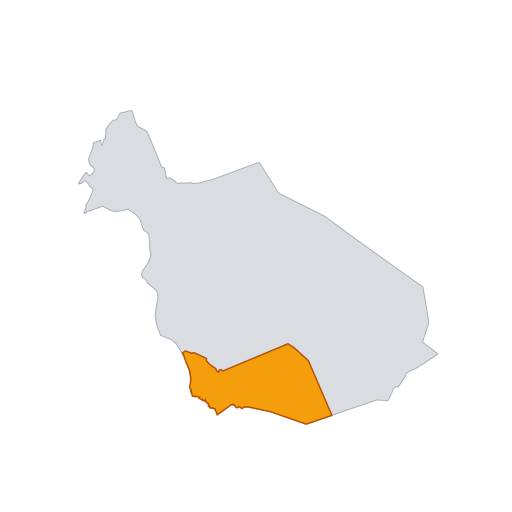 Diffa highlighted on a map of Niger, rotated 67°
{"feature_id": "NER-796", "entity_name": "Diffa", "entity_type": "Department", "adm_level": 1, "iso_a3": "NER", "parent_name": "Niger", "parent_adm1": "", "projection": "orthographic", "projection_center": [13.155, 15.532], "detail": "fine", "context": "in_parent", "style": "filled", "palette": "amber", "viewbox_px": 512, "rotation_deg": 67, "n_neighbors": 0, "source": "natural_earth", "source_scale": "10m", "svg_char_len": 6588}
<svg xmlns="http://www.w3.org/2000/svg" viewBox="0 0 512 512"><g transform="rotate(67 256 256)"><path d="M387.0,353.7L382.7,353.8L380.3,354.5L377.2,356.9L373.7,357.9L369.5,359.9L366.9,361.6L364.4,362.9L360.9,366.2L359.8,368.6L356.4,369.1L351.6,368.7L348.5,366.2L341.5,363.5L336.9,362.5L334.8,362.1L324.0,361.6L312.6,362.5L306.7,363.6L305.6,363.8L302.3,365.3L299.5,367.0L291.9,374.8L282.1,374.4L276.3,373.4L271.4,372.1L264.5,368.2L256.0,362.4L252.7,361.5L249.8,361.0L248.8,361.1L238.5,366.4L236.5,366.3L234.1,366.8L232.5,368.2L231.3,368.8L230.0,368.9L228.4,368.6L226.9,367.7L225.4,366.1L221.3,359.7L220.5,358.5L218.7,356.6L215.8,353.6L213.8,352.2L212.6,351.8L211.1,352.0L203.0,349.3L194.9,346.3L193.1,346.6L191.8,347.1L188.9,349.0L185.6,349.2L181.4,348.9L179.1,348.5L175.4,349.0L172.9,349.7L169.6,350.9L165.2,354.3L164.0,354.7L163.0,355.2L161.2,365.0L160.0,367.9L157.7,371.7L153.3,375.2L150.4,377.4L150.2,380.4L149.8,385.4L149.6,388.8L149.8,391.0L149.2,392.0L149.0,393.0L149.1,394.5L149.8,395.2L150.2,396.1L149.9,396.8L148.5,397.6L147.0,395.4L145.2,393.7L143.1,392.9L141.7,391.7L141.0,390.1L138.3,386.9L132.2,380.5L131.5,380.3L130.5,380.0L128.6,380.7L127.5,381.6L126.7,381.9L125.5,382.0L122.5,382.6L120.0,383.4L119.9,384.3L120.9,388.9L120.2,391.4L119.2,390.1L115.9,385.3L113.6,381.7L113.2,381.0L112.9,379.8L113.2,379.2L114.1,378.9L116.4,378.6L116.8,378.3L117.0,377.3L116.7,375.5L115.6,373.1L114.3,371.4L113.6,371.1L112.3,371.0L110.9,371.1L108.1,372.9L106.9,373.2L104.1,372.9L101.6,372.4L100.2,371.3L95.9,367.2L91.1,362.8L89.1,362.1L88.6,361.7L88.4,358.5L88.7,354.8L89.0,353.8L91.1,354.5L93.2,354.9L94.0,354.3L92.3,352.8L89.8,351.3L89.0,349.2L88.3,348.5L87.2,347.7L86.0,347.2L84.7,346.6L83.8,345.9L82.4,345.6L80.9,345.0L78.8,341.6L76.8,338.2L75.7,335.6L75.3,334.1L76.1,331.5L75.5,330.4L73.3,327.6L71.4,325.0L72.1,321.3L72.7,318.1L72.8,316.1L73.2,315.0L73.5,313.8L74.9,313.4L78.3,313.7L84.8,314.6L90.1,314.3L90.4,314.2L94.3,311.0L98.7,307.7L104.9,307.7L111.6,307.7L116.9,307.8L124.6,307.9L130.9,308.0L138.1,308.0L138.4,306.4L138.9,306.0L139.6,306.0L144.9,307.1L149.8,308.2L150.3,305.1L154.9,301.5L157.4,300.8L158.1,300.1L158.9,298.9L159.5,296.9L159.8,295.4L160.7,294.3L161.5,292.1L162.6,288.3L165.2,284.4L166.9,279.0L167.3,273.7L167.8,269.7L168.5,268.9L168.8,261.8L169.2,254.6L169.4,248.5L169.8,241.0L170.1,234.4L170.4,227.2L170.7,220.8L170.9,216.5L175.9,215.7L181.1,214.9L188.7,213.6L197.0,212.3L206.0,210.8L208.0,209.7L215.0,203.8L218.2,201.1L224.4,195.8L229.2,191.7L235.3,186.4L241.8,181.1L246.9,176.9L254.8,172.2L266.8,165.1L278.8,157.9L290.7,150.7L302.6,143.5L314.4,136.2L326.2,129.0L338.0,121.7L349.7,114.4L361.3,117.2L372.4,119.9L383.6,122.6L386.2,124.1L392.2,129.3L399.9,136.0L400.2,136.1L400.5,136.2L407.8,132.1L417.3,126.9L420.0,140.9L422.0,152.9L422.2,160.6L422.4,162.6L423.1,164.0L424.9,165.3L432.2,176.3L430.7,178.3L431.9,181.7L433.7,183.2L439.8,189.8L440.6,191.1L440.3,192.1L436.2,200.0L435.6,201.9L434.9,211.9L434.4,218.9L433.7,228.6L432.9,240.2L432.2,249.9L431.3,262.9L430.5,275.1L424.4,281.9L413.6,293.9L404.8,303.6L400.4,310.1L391.7,322.9L387.8,331.1L384.8,335.3L383.2,337.2L384.6,343.2L387.0,353.7Z" fill="#d9dde1" stroke="#a8b0b8" stroke-width="1"/><path d="M387.0,353.7L381.1,353.5L380.4,353.6L380.2,353.8L380.2,354.2L379.9,354.4L378.9,355.3L378.7,355.6L378.6,355.8L378.7,356.1L378.8,356.2L378.7,356.4L378.4,356.4L378.3,356.5L378.1,356.8L378.4,357.0L378.0,357.5L377.4,357.7L376.8,357.9L376.1,358.2L376.3,357.7L376.2,357.5L375.9,357.6L375.7,358.0L375.5,357.9L375.1,357.9L374.7,358.0L374.4,357.9L374.5,357.6L373.9,357.5L373.3,357.8L371.1,358.8L370.5,359.0L369.8,358.8L369.7,359.2L369.2,359.1L368.8,359.0L369.0,359.2L369.2,359.3L369.3,359.5L369.5,359.7L369.2,359.9L368.5,360.6L368.5,360.9L368.5,361.0L368.4,361.0L368.2,361.0L367.8,361.2L367.7,361.2L367.8,361.5L367.9,361.8L367.6,361.8L367.6,361.7L367.4,361.6L367.2,361.6L367.0,362.0L366.4,362.7L366.0,363.0L365.5,363.2L365.2,363.3L365.0,363.9L364.8,364.0L364.5,363.9L364.2,363.7L363.8,363.3L363.7,363.7L363.7,363.9L363.5,364.0L363.4,364.2L363.2,364.2L362.1,365.0L362.1,365.4L361.7,365.8L361.6,366.2L362.0,366.3L361.8,366.9L361.7,367.1L361.5,367.3L361.3,367.4L360.8,367.5L360.7,367.6L360.5,368.9L360.3,369.2L360.0,369.3L359.6,369.2L359.2,369.1L358.6,369.0L358.0,369.0L357.1,368.9L356.7,368.8L356.5,369.0L356.3,368.8L356.2,368.6L355.9,368.5L355.7,368.5L355.4,368.8L355.2,368.8L355.1,368.7L355.0,368.4L354.8,368.2L353.6,367.8L353.2,367.9L352.7,368.2L352.3,368.3L351.5,368.4L350.1,368.0L349.7,367.8L348.6,366.9L345.3,364.8L342.7,363.7L335.5,361.9L323.9,361.8L319.6,361.3L317.3,361.4L316.6,361.5L316.6,361.4L315.8,358.6L315.9,358.2L316.1,357.6L320.3,353.4L320.4,353.1L320.5,352.9L320.6,352.7L320.6,352.4L320.6,351.8L320.6,351.3L320.6,351.1L320.7,350.9L330.4,342.1L330.9,341.8L331.2,341.7L331.6,341.8L332.5,342.4L332.8,342.5L333.0,342.5L333.3,342.5L337.6,341.1L343.6,337.3L343.9,337.1L344.1,337.1L346.1,337.2L346.4,337.2L346.7,337.0L348.3,335.9L348.5,335.7L348.4,335.5L347.4,335.1L347.1,335.0L347.0,334.8L346.8,334.5L346.7,334.1L346.6,333.8L346.7,333.2L346.8,332.9L346.9,332.6L347.2,332.4L347.8,332.0L348.5,331.7L348.9,331.6L349.3,260.9L349.8,260.6L350.1,260.3L354.9,257.0L372.7,248.7L432.1,248.4L432.3,248.4L432.3,248.6L432.3,249.7L432.2,250.8L432.1,252.0L432.0,253.1L431.9,254.2L431.9,255.3L431.8,256.4L431.7,257.5L431.6,258.7L431.5,259.8L431.5,260.9L431.4,262.0L431.3,263.1L431.2,264.2L431.1,265.3L431.1,266.5L431.0,267.6L430.9,268.7L430.8,269.8L430.7,270.9L430.7,272.0L430.6,273.2L430.5,274.3L430.4,274.9L430.4,275.2L430.3,275.4L430.0,275.9L429.2,276.8L427.9,278.2L426.6,279.6L425.3,281.1L424.0,282.5L422.7,284.0L421.4,285.4L420.1,286.8L418.8,288.3L417.5,289.7L416.2,291.1L414.9,292.6L413.6,294.0L412.3,295.5L411.0,296.9L409.7,298.3L408.4,299.8L407.5,300.7L406.1,302.2L404.8,303.6L404.2,304.6L403.5,305.6L402.8,306.6L402.1,307.6L401.4,308.6L400.7,309.6L400.0,310.6L399.3,311.6L398.6,312.6L397.9,313.6L397.2,314.6L396.5,315.6L395.8,316.6L395.1,317.6L394.4,318.6L393.7,319.6L393.0,320.6L392.3,321.5L391.7,322.9L390.9,324.5L390.6,325.3L390.4,325.8L390.4,326.3L390.5,326.8L390.9,327.8L390.9,328.3L390.7,328.9L390.3,329.1L389.9,329.1L389.4,329.2L389.2,329.4L388.4,330.3L387.9,330.6L387.9,330.9L388.1,331.1L388.4,332.2L388.3,332.6L388.2,333.1L387.4,333.7L387.0,333.8L386.4,333.9L385.5,334.0L384.6,334.4L384.0,334.7L383.2,335.8L383.2,337.2L383.7,338.9L384.0,340.1L384.3,341.3L384.4,342.0L384.6,342.8L384.8,343.6L385.0,344.4L385.1,345.1L385.3,345.9L385.5,346.7L385.6,347.5L385.8,348.3L386.0,349.0L386.1,349.8L386.3,350.6L386.5,351.4L386.7,352.2L386.8,352.9L387.0,353.7Z" fill="#f59e0b" stroke="#b45309" stroke-width="1.5"/></g></svg>